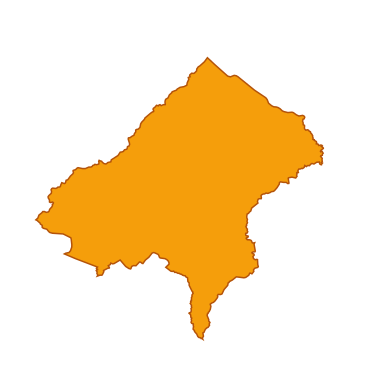 the district of Ancuabe, Cabo Delgado, Mozambique, rotated 132°
{"feature_id": "85939544B12924931865401", "entity_name": "Ancuabe", "entity_type": "district", "adm_level": 2, "iso_a3": "MOZ", "parent_name": "Mozambique", "parent_adm1": "Cabo Delgado", "projection": "mercator", "projection_center": [39.811, -12.944], "detail": "fine", "context": "isolated", "style": "filled", "palette": "amber", "viewbox_px": 384, "rotation_deg": 132, "n_neighbors": 0, "source": "geoboundaries", "source_scale": "gbopen_adm2", "svg_char_len": 6034}
<svg xmlns="http://www.w3.org/2000/svg" viewBox="0 0 384 384"><g transform="rotate(132 192 192)"><path d="M265.5,161.1L265.0,154.8L264.3,153.6L263.1,152.7L263.3,151.0L262.4,150.2L261.8,148.0L261.0,147.1L260.9,146.0L260.2,144.7L260.1,143.3L259.4,141.7L258.8,141.1L259.2,139.6L258.7,138.0L261.3,135.1L261.5,133.3L263.3,131.6L265.7,125.6L265.7,124.6L266.2,124.3L266.5,123.4L268.6,123.1L269.7,122.0L270.8,121.8L272.0,120.6L273.1,120.2L273.2,119.6L274.2,119.8L274.8,118.9L276.0,118.8L276.5,116.6L277.2,116.2L278.1,114.9L279.4,114.7L280.0,113.7L281.2,112.8L282.5,112.4L283.5,113.2L284.1,113.1L284.1,111.0L285.9,108.9L285.9,107.8L287.0,107.5L288.0,106.1L289.4,105.6L289.8,104.5L289.6,103.6L289.1,103.1L289.3,102.6L290.7,101.4L291.1,100.6L292.3,100.1L293.3,99.2L293.3,97.6L294.0,96.7L294.4,93.4L295.5,91.0L295.5,89.5L294.6,88.0L294.8,87.2L294.4,87.0L294.2,85.5L293.7,86.5L291.5,87.0L289.5,89.6L288.3,89.2L285.2,90.2L283.2,90.1L281.8,89.5L279.3,89.8L278.6,90.9L276.9,91.4L276.7,93.2L275.6,94.2L273.7,98.1L272.3,99.0L271.5,98.8L270.7,99.3L269.4,99.2L266.9,99.9L264.3,101.5L263.2,103.4L261.3,103.0L259.6,102.2L257.5,102.0L253.6,102.4L252.6,102.8L251.9,103.8L250.6,104.0L249.0,102.1L247.6,101.5L243.1,102.9L237.5,103.0L235.4,104.3L234.5,104.0L233.4,104.2L230.4,103.1L225.4,102.3L221.0,96.0L219.5,94.9L215.9,94.1L213.8,94.8L213.4,94.6L212.7,92.7L209.7,92.9L208.7,94.2L208.3,94.3L206.4,94.2L204.1,92.7L203.1,92.8L201.9,94.6L198.4,98.1L198.7,98.8L200.0,99.6L200.3,101.7L199.2,103.5L197.2,103.6L196.7,104.7L197.2,105.6L197.1,106.8L196.6,106.9L195.4,106.3L194.4,105.2L193.6,105.4L189.3,110.9L187.7,111.5L189.1,112.5L189.4,113.3L188.5,115.2L188.5,116.1L189.0,117.2L190.5,119.0L190.3,120.6L189.6,120.9L188.6,120.2L187.6,120.3L187.2,121.1L187.9,121.8L188.2,122.9L187.3,124.1L186.8,124.4L185.6,123.6L184.2,124.0L183.7,125.3L182.5,126.0L182.5,126.9L181.6,128.7L181.4,129.0L180.4,128.9L179.6,129.8L177.7,130.2L177.0,131.5L175.2,132.5L174.7,133.8L173.4,135.1L171.4,136.3L170.1,135.7L168.6,135.9L166.8,135.6L164.0,136.9L156.1,135.6L155.4,136.9L153.3,138.0L152.2,137.7L150.6,136.1L149.9,136.5L148.6,138.2L147.6,138.4L145.6,137.6L144.8,136.7L143.3,136.3L142.3,134.7L140.2,133.6L138.6,133.2L137.2,132.0L135.9,131.6L131.9,131.7L127.8,132.4L126.5,133.3L125.3,133.1L123.6,130.4L121.8,128.4L121.7,126.6L120.9,125.8L120.5,125.9L117.4,129.7L116.9,129.8L114.1,127.7L112.2,124.3L110.0,124.5L109.6,125.4L108.6,125.9L107.7,127.0L107.3,127.0L106.9,126.2L106.3,126.0L105.5,127.5L103.6,128.0L102.1,126.7L101.1,126.4L100.6,125.5L98.7,125.1L96.8,125.9L96.7,124.1L94.9,123.7L93.8,122.3L92.0,122.4L90.5,121.9L89.6,120.1L86.4,119.2L84.5,117.4L85.7,115.9L85.4,114.3L85.1,114.0L84.4,114.4L83.2,114.4L83.4,115.6L82.1,115.6L81.1,116.9L79.8,117.8L79.5,120.3L79.1,120.5L77.5,119.7L76.5,120.5L75.4,120.5L74.8,122.6L76.0,123.2L75.8,123.8L74.5,124.1L71.8,123.5L71.4,123.9L71.6,126.3L70.5,126.0L70.4,126.8L70.9,127.7L72.6,128.9L72.1,130.5L73.0,131.9L71.8,132.5L71.3,133.4L71.7,135.3L71.3,136.1L71.9,136.7L71.9,137.6L70.9,138.0L70.4,139.1L69.4,140.0L68.7,142.2L68.7,143.3L68.0,144.3L68.4,145.7L68.1,146.4L68.3,147.6L69.9,148.9L69.8,150.5L69.2,151.3L67.6,152.5L67.2,153.1L67.6,154.3L66.0,156.0L65.6,157.0L63.7,158.2L62.6,157.6L60.9,158.3L60.6,159.6L61.0,161.0L64.0,163.4L64.8,166.0L65.2,169.8L65.8,171.1L68.8,173.9L70.7,177.4L71.3,179.2L71.2,182.2L71.6,184.4L72.4,186.2L74.0,188.3L74.6,190.5L74.8,194.4L73.0,198.1L72.6,200.2L74.5,213.6L75.6,235.0L76.0,236.9L77.1,238.7L80.7,240.5L82.0,243.0L82.1,260.4L81.9,270.4L86.9,269.9L93.3,270.6L94.7,271.1L97.3,270.8L99.1,269.6L102.2,269.8L103.0,270.4L103.9,271.7L106.4,272.0L107.1,271.6L107.6,270.5L109.4,271.4L110.4,269.8L113.9,268.7L116.2,267.3L119.1,268.5L122.2,270.9L125.5,271.9L126.6,271.7L130.8,273.8L131.9,273.5L135.0,273.8L138.1,272.8L140.8,273.6L142.5,272.8L143.8,271.7L144.7,270.5L145.1,270.4L146.1,271.6L148.5,272.7L148.5,274.2L149.3,274.7L150.4,274.6L151.3,276.4L153.8,276.3L155.6,276.7L156.5,276.4L157.4,274.6L158.0,274.4L159.0,275.0L161.1,275.5L168.6,276.5L169.8,276.0L173.9,276.1L175.8,275.7L178.8,273.9L181.2,274.0L182.7,275.1L183.6,275.3L185.1,274.0L187.0,273.9L188.7,273.1L190.7,273.9L193.1,274.4L194.0,275.3L194.6,275.4L195.6,274.5L197.5,271.2L198.5,270.1L200.0,269.6L201.4,270.3L203.3,269.2L204.0,269.2L205.8,270.4L207.8,270.2L209.3,271.0L210.4,272.0L214.4,271.4L222.1,273.5L223.9,272.5L226.4,274.3L228.2,274.5L229.0,275.0L229.8,276.5L229.9,278.5L229.6,279.8L230.1,280.5L230.6,282.2L231.6,281.9L232.5,280.7L233.7,280.0L235.6,281.2L236.4,282.7L237.4,282.8L238.7,283.5L239.9,283.3L241.2,283.9L242.6,285.4L245.9,286.9L247.8,289.0L250.2,293.0L251.2,293.4L253.3,293.5L255.4,294.7L255.9,294.6L257.0,293.0L258.1,292.7L261.4,293.0L266.0,292.5L267.5,293.4L269.4,292.4L270.6,292.2L271.2,292.6L272.2,295.0L275.0,294.1L275.7,293.6L276.7,293.6L278.2,295.0L279.5,295.1L280.6,295.7L282.3,298.1L283.3,298.5L284.7,298.2L285.5,296.8L287.1,295.7L290.4,296.0L291.8,295.8L292.6,294.9L293.3,292.6L294.8,291.2L294.6,290.2L292.7,288.8L292.8,287.7L293.8,287.3L294.6,287.6L295.4,286.7L296.6,286.2L300.1,286.2L301.8,285.4L302.9,285.4L304.7,286.7L305.2,288.5L306.4,289.8L307.8,289.7L311.6,290.3L314.5,289.1L317.2,289.4L316.8,288.0L316.8,284.0L317.3,283.1L317.0,281.6L317.3,280.6L318.4,279.9L318.5,279.4L318.4,278.1L316.8,275.0L317.3,271.9L317.2,270.5L316.0,268.1L309.4,259.7L307.1,251.5L307.8,250.3L311.7,245.9L313.4,244.5L316.9,243.0L319.2,242.9L322.0,244.9L323.4,245.4L319.4,233.8L311.0,212.0L312.7,212.0L312.9,211.5L312.6,210.4L312.9,210.2L313.9,210.7L314.5,210.6L314.8,209.1L316.3,208.0L316.6,206.4L317.9,206.1L315.5,204.8L314.4,203.6L313.7,203.2L310.2,204.2L309.5,205.2L305.1,203.6L303.8,202.6L303.3,203.0L302.8,204.9L300.6,204.2L299.2,204.8L298.5,202.9L297.3,202.0L290.6,199.9L291.7,191.5L291.1,187.7L290.3,186.2L289.9,186.1L287.6,187.0L285.9,186.3L284.3,184.3L279.1,184.2L278.5,183.2L278.4,181.2L278.0,180.6L273.7,181.1L269.4,180.4L264.2,180.8L262.9,180.2L262.3,179.4L261.1,175.7L261.2,174.6L262.3,172.5L262.3,171.5L259.5,167.3L259.1,165.0L259.2,163.5L260.0,161.7L261.1,160.8L265.5,161.1Z" fill="#f59e0b" stroke="#b45309" stroke-width="1.5"/></g></svg>